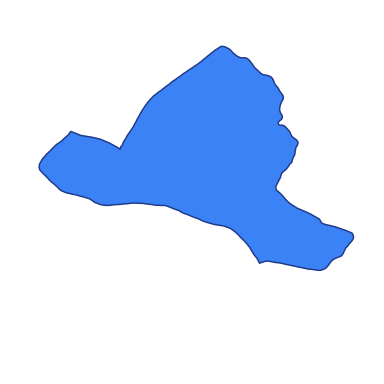 the district of Cidade De Tete, Tete, Mozambique, rotated 337°
{"feature_id": "85939544B33116803936279", "entity_name": "Cidade De Tete", "entity_type": "district", "adm_level": 2, "iso_a3": "MOZ", "parent_name": "Mozambique", "parent_adm1": "Tete", "projection": "orthographic", "projection_center": [33.575, -16.158], "detail": "fine", "context": "isolated", "style": "filled", "palette": "blue", "viewbox_px": 384, "rotation_deg": 337, "n_neighbors": 0, "source": "geoboundaries", "source_scale": "gbopen_adm2", "svg_char_len": 5861}
<svg xmlns="http://www.w3.org/2000/svg" viewBox="0 0 384 384"><g transform="rotate(337 192 192)"><path d="M323.5,292.8L322.5,291.5L321.3,290.3L320.2,289.3L319.1,288.0L317.6,286.6L316.1,285.3L315.1,284.4L313.9,283.3L312.8,282.3L311.6,281.3L310.3,280.0L309.1,279.2L308.5,278.8L306.4,277.1L304.9,276.1L303.6,275.1L302.3,274.2L300.8,272.8L299.3,271.3L298.7,266.8L292.1,258.1L282.1,247.5L277.7,240.9L276.4,238.3L275.3,235.4L274.1,231.4L273.9,230.8L273.2,229.0L272.2,226.5L272.0,226.3L271.5,225.3L270.6,223.5L270.6,221.9L270.9,220.4L271.6,219.5L272.4,218.7L278.4,213.7L279.3,213.0L279.6,212.4L279.8,212.2L280.2,211.6L281.5,210.2L282.7,209.4L284.1,208.9L284.9,208.7L287.2,207.9L288.8,207.2L290.8,206.1L291.7,205.4L293.2,204.5L294.6,203.9L295.6,203.5L296.0,202.9L296.4,202.4L296.6,201.9L297.1,201.3L297.7,200.8L298.7,199.8L298.7,199.7L299.2,199.3L300.3,198.6L301.1,197.8L301.7,196.9L302.3,195.8L302.8,195.0L303.4,194.1L304.0,193.2L304.4,192.6L304.4,192.4L305.0,191.8L305.8,191.0L307.0,190.3L308.0,189.2L308.7,188.3L309.0,187.3L309.0,186.6L308.6,185.2L308.2,184.4L308.0,184.0L307.3,182.9L306.6,181.7L306.0,180.5L305.7,179.4L305.5,178.4L305.5,177.1L305.5,176.1L305.6,175.1L305.3,174.0L304.9,172.8L304.7,172.2L304.3,171.0L303.9,169.8L303.4,168.5L303.0,167.6L302.3,166.7L301.2,165.8L300.2,165.3L299.3,164.9L298.5,164.5L298.1,163.6L298.2,162.9L298.5,161.9L299.1,161.3L299.8,161.0L300.6,160.7L301.7,160.4L302.6,160.1L303.3,159.7L304.2,158.9L304.6,157.9L304.8,156.7L304.8,155.8L304.5,154.6L304.4,153.4L304.5,152.0L304.8,150.5L305.1,149.8L305.8,148.7L306.2,147.9L306.8,147.1L307.5,146.2L308.2,145.6L308.8,144.8L309.5,144.1L310.1,143.6L311.0,143.1L311.6,142.7L312.3,141.8L312.9,140.9L313.2,140.1L313.3,139.3L313.4,139.1L312.8,135.8L312.3,134.3L312.1,132.7L312.0,130.6L311.5,128.6L310.9,126.9L310.4,124.7L310.4,123.1L310.6,120.8L310.3,118.6L309.7,117.0L308.2,115.3L306.8,114.1L305.3,113.0L303.7,112.1L302.2,110.5L301.4,108.9L300.5,107.1L300.0,105.7L299.1,103.9L298.5,102.3L297.9,100.8L297.7,99.1L297.4,97.5L296.8,95.7L296.6,94.1L295.9,92.5L295.3,91.1L293.8,89.5L292.2,88.7L290.6,88.2L289.0,87.2L288.0,86.2L287.0,85.2L286.0,83.6L285.3,82.1L284.3,80.5L283.8,79.1L283.3,77.5L282.7,76.0L281.9,74.5L280.5,72.9L279.3,71.4L277.7,70.3L276.1,69.5L274.4,69.4L272.9,69.8L271.3,70.1L270.0,70.2L269.3,70.3L267.8,70.7L266.1,71.3L264.3,71.6L262.5,72.2L260.7,72.8L259.3,73.0L257.8,73.6L255.8,74.1L254.0,74.7L252.4,75.2L250.7,75.7L248.9,76.0L247.1,76.6L245.7,76.9L244.2,76.9L242.6,77.4L241.1,77.8L239.4,78.0L237.6,78.3L236.1,78.6L234.1,79.1L232.4,79.4L230.9,79.6L229.3,79.9L227.6,80.6L226.1,80.8L224.7,81.1L223.1,81.4L221.6,81.8L220.1,82.1L218.6,82.3L216.3,82.9L215.0,83.2L213.6,83.8L212.0,84.1L209.6,84.7L207.1,85.3L205.5,85.7L203.9,86.3L202.1,86.6L200.5,86.9L198.7,87.4L197.0,88.0L195.0,88.3L193.4,88.9L191.4,89.8L189.7,90.4L188.1,91.4L186.2,92.2L184.4,93.4L182.7,94.3L180.8,95.6L179.2,96.7L177.6,97.7L176.4,98.7L174.8,99.9L173.3,101.1L171.7,102.2L170.0,103.6L168.5,104.9L167.1,106.1L165.5,107.1L164.5,108.3L162.9,109.3L160.9,110.7L159.5,111.6L157.9,112.6L156.5,113.4L155.2,114.3L153.8,115.2L152.4,116.4L151.0,117.5L149.4,118.5L148.0,119.6L147.1,120.6L145.8,122.1L144.4,122.3L142.3,124.6L141.5,122.9L140.5,121.4L134.8,114.3L128.0,107.4L121.6,102.7L111.8,96.5L104.1,88.9L99.8,91.4L98.2,91.7L97.4,92.0L95.7,92.7L94.6,93.0L93.3,93.5L92.7,93.8L91.3,94.3L89.8,94.6L88.1,94.9L86.5,95.2L84.7,95.7L83.1,96.3L81.5,97.0L79.8,97.6L78.1,98.5L76.4,99.1L74.8,99.7L73.0,100.3L71.4,101.1L69.7,102.0L68.3,102.6L66.7,103.5L65.4,104.5L64.0,105.6L62.8,106.4L61.0,109.3L60.5,112.1L62.2,117.0L63.0,118.7L63.7,120.5L64.3,122.0L64.9,123.7L65.5,125.5L66.2,127.1L66.8,128.4L67.8,130.1L68.6,131.8L69.2,133.2L70.1,135.0L70.8,137.0L71.6,138.8L72.5,140.1L73.9,141.5L75.1,142.7L76.6,144.2L78.2,145.1L79.6,146.2L81.0,147.3L82.8,148.4L84.4,149.6L85.8,150.7L87.4,152.1L89.1,153.3L90.7,154.6L92.4,156.0L93.5,156.9L95.0,158.3L96.0,159.6L97.0,161.2L98.0,163.0L99.1,164.4L100.5,165.4L102.0,167.1L103.3,168.2L105.0,169.2L106.7,170.2L108.4,171.1L110.2,171.8L111.9,172.3L113.7,172.9L115.2,173.2L116.8,173.8L118.5,174.4L120.4,175.1L121.9,175.7L123.5,175.9L125.0,176.6L126.6,177.0L128.0,177.6L129.4,177.9L130.9,178.2L132.5,178.9L133.8,179.3L135.1,179.9L136.6,180.6L138.0,181.3L139.3,181.9L140.9,182.6L142.7,183.5L144.2,184.5L146.0,185.5L147.7,186.5L149.5,187.5L151.3,188.7L153.1,189.7L154.6,190.6L156.3,191.2L157.8,192.0L159.5,192.9L161.5,193.6L163.2,195.0L164.7,196.3L166.3,197.9L167.8,199.5L169.4,201.0L171.3,202.8L172.7,203.9L173.6,205.4L175.0,207.2L176.2,208.5L177.6,209.8L179.1,211.1L180.3,212.3L182.0,214.1L183.7,215.7L185.2,217.2L186.9,218.7L188.2,220.2L189.5,221.6L191.1,223.4L192.7,224.8L194.5,226.3L196.2,227.7L197.8,228.9L198.9,229.9L200.4,230.9L201.8,231.8L203.2,232.7L205.2,234.0L206.7,234.9L207.9,235.6L208.9,236.6L210.0,237.6L211.2,238.7L212.8,240.1L213.8,241.6L214.7,243.1L215.7,244.9L216.7,246.5L217.3,248.3L218.1,249.9L218.7,251.7L219.3,253.6L220.3,255.6L220.9,257.2L221.5,258.8L222.0,260.6L222.6,262.1L222.9,263.9L223.5,265.6L223.7,268.0L224.0,269.8L224.2,271.2L224.4,273.1L224.8,274.6L225.3,276.4L225.9,278.1L226.3,283.9L232.2,284.4L234.0,284.8L235.2,285.5L236.7,286.4L238.2,287.4L239.7,288.4L241.3,289.5L242.8,290.3L244.2,291.1L245.8,292.1L247.1,292.9L248.7,294.3L250.4,295.5L252.0,296.5L253.6,297.6L255.2,298.8L256.3,299.6L257.8,300.5L259.6,301.9L261.3,303.1L262.8,304.1L264.3,305.0L265.5,306.0L267.0,307.0L268.6,308.2L270.2,309.0L271.4,309.7L273.2,310.7L274.8,311.7L276.2,312.6L278.0,313.6L279.3,314.1L280.9,314.5L282.5,314.5L284.0,314.6L285.9,314.2L287.2,313.6L289.0,312.7L290.5,311.7L292.2,310.7L293.5,310.1L295.1,309.5L296.7,309.2L298.4,309.1L300.4,309.1L302.2,309.2L304.0,309.3L305.5,308.7L307.3,307.5L308.8,306.1L310.3,304.8L311.7,303.6L313.6,302.8L315.5,301.8L317.0,300.9L318.4,300.3L320.3,299.4L321.3,298.6L322.4,297.8L323.3,296.0L323.5,292.8Z" fill="#3b82f6" stroke="#1e3a8a" stroke-width="1.5"/></g></svg>